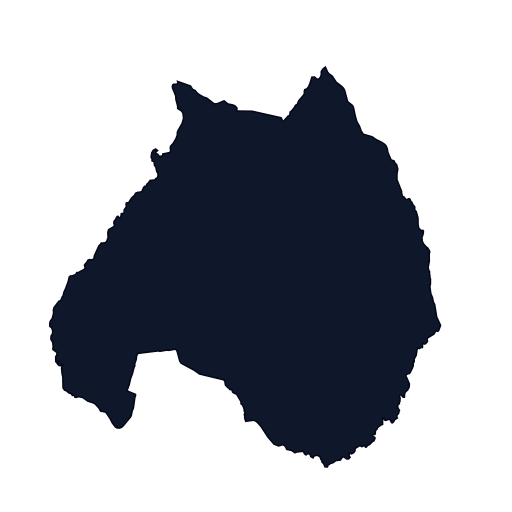 Chiuta, Tete, Mozambique, rotated 189°
{"feature_id": "85939544B4853369515096", "entity_name": "Chiuta", "entity_type": "district", "adm_level": 2, "iso_a3": "MOZ", "parent_name": "Mozambique", "parent_adm1": "Tete", "projection": "equal_earth", "projection_center": [33.513, -15.51], "detail": "fine", "context": "isolated", "style": "filled", "palette": "ink", "viewbox_px": 512, "rotation_deg": 189, "n_neighbors": 0, "source": "geoboundaries", "source_scale": "gbopen_adm2", "svg_char_len": 5963}
<svg xmlns="http://www.w3.org/2000/svg" viewBox="0 0 512 512"><g transform="rotate(189 256 256)"><path d="M129.5,363.9L131.3,368.1L133.5,369.9L134.6,371.6L137.0,371.9L137.9,372.5L141.9,378.9L143.2,382.7L144.9,385.3L146.3,386.4L149.4,387.9L155.8,389.9L159.8,391.9L169.2,393.1L171.8,396.2L174.0,400.3L177.4,404.5L179.8,409.7L183.1,418.3L184.3,419.8L189.6,422.8L194.3,433.4L195.7,435.3L198.1,437.1L203.9,440.2L208.8,445.6L212.4,447.4L214.1,448.9L217.0,453.5L218.7,451.8L220.1,449.3L220.4,448.1L219.9,445.5L220.2,443.2L221.5,440.6L223.6,440.3L226.2,442.0L228.8,441.4L229.7,435.0L230.6,431.4L231.9,429.1L233.9,427.9L234.1,426.4L233.7,424.1L234.1,422.5L238.1,416.1L239.0,412.2L240.6,411.0L241.4,408.6L243.4,405.1L244.8,403.6L244.7,400.3L246.6,398.9L247.3,397.2L248.5,395.9L249.6,393.6L250.5,393.1L252.8,396.5L282.5,398.4L297.7,396.2L297.9,399.1L300.1,401.0L302.7,401.6L307.5,401.8L311.8,404.3L317.4,400.8L319.4,400.0L321.4,399.9L329.3,404.3L332.7,404.8L337.7,406.7L340.1,408.2L341.9,409.9L344.7,410.7L347.3,413.7L360.8,416.2L360.2,414.9L360.6,414.0L361.5,413.2L364.1,412.8L365.0,412.0L365.2,410.6L364.6,408.6L360.4,401.7L359.6,398.1L356.9,391.9L356.4,389.4L351.9,387.4L350.4,385.3L349.1,380.7L349.7,375.5L352.9,367.0L353.0,364.5L352.6,363.4L353.5,359.2L355.4,354.4L357.6,351.0L357.6,349.6L356.8,346.3L357.2,344.8L364.0,342.2L363.8,341.3L364.1,340.2L365.5,339.9L366.2,338.7L369.3,341.3L370.8,341.4L371.3,342.7L369.7,344.8L371.9,346.0L374.1,344.3L375.1,341.6L375.1,337.2L373.8,335.4L373.6,333.7L371.8,333.3L371.2,332.7L370.6,329.9L368.4,327.5L368.3,326.2L367.5,324.9L367.3,323.8L366.1,322.8L365.4,320.8L365.4,318.7L365.8,317.7L367.0,316.9L367.9,315.3L372.4,314.1L373.7,311.5L374.8,310.3L375.5,307.9L376.8,307.4L377.7,306.3L378.7,302.2L379.6,301.3L382.9,300.3L384.6,299.3L385.2,298.1L385.3,296.7L386.1,296.3L388.0,293.8L390.2,288.7L392.3,288.2L392.5,286.9L391.8,284.2L393.5,280.9L393.0,278.3L393.6,277.5L395.7,276.7L395.6,274.0L396.0,272.6L397.1,272.5L398.6,273.7L399.5,273.0L400.6,269.8L401.6,268.2L401.6,266.3L400.8,264.7L400.7,263.6L401.5,262.4L405.5,259.2L405.9,258.1L406.0,255.8L405.0,251.1L405.8,246.9L407.6,245.2L410.9,244.6L411.6,242.9L412.7,241.8L415.6,231.3L415.8,227.9L417.1,226.6L420.0,226.4L421.5,225.4L421.8,224.0L423.9,220.6L423.9,219.7L422.9,217.7L423.5,216.0L429.2,211.7L430.3,211.7L431.4,209.4L434.7,207.5L436.2,207.3L437.2,206.0L437.5,201.3L439.0,193.9L440.1,190.1L440.3,186.5L440.9,185.6L441.9,181.5L443.7,180.4L447.4,173.5L447.7,171.2L447.0,167.5L447.5,162.4L448.9,159.7L449.2,157.4L448.6,154.2L446.6,153.1L445.4,151.0L444.9,148.9L444.9,147.0L445.7,145.6L445.9,144.2L445.5,141.6L443.2,138.8L442.1,134.4L442.2,132.6L441.9,131.8L437.4,129.5L437.3,127.1L438.1,125.2L437.3,120.4L435.7,119.0L434.7,120.1L434.7,121.3L434.1,121.5L433.9,120.8L434.8,118.0L433.6,117.1L432.0,117.0L430.9,118.6L430.0,118.5L429.9,117.7L430.5,116.3L430.5,114.6L429.0,108.9L427.9,106.3L426.0,95.6L424.1,93.5L422.5,93.3L419.0,91.3L417.7,91.5L415.4,89.5L414.2,89.9L413.2,89.4L412.8,88.2L411.2,88.3L409.3,89.3L405.0,89.1L399.4,86.3L394.0,85.5L391.9,84.8L387.5,81.4L385.3,78.5L380.6,78.3L379.1,77.4L374.3,72.1L371.9,68.7L368.1,65.1L366.3,64.4L363.5,64.8L361.8,65.9L360.4,67.7L354.6,77.6L354.2,79.1L354.1,83.1L353.3,86.8L353.5,97.3L353.1,99.3L353.4,100.5L361.0,102.3L362.7,103.6L361.7,105.3L361.7,106.9L361.1,108.7L360.7,115.1L359.6,120.6L359.0,127.1L358.5,128.2L358.9,130.9L358.1,134.9L358.3,138.8L357.7,140.1L357.8,141.2L337.6,147.0L336.1,146.8L329.5,149.0L327.1,149.2L321.3,151.3L320.4,151.1L319.0,149.5L315.0,140.5L313.7,138.8L311.8,137.9L298.9,133.4L293.4,130.6L268.4,128.6L266.8,126.7L266.6,125.2L265.7,123.3L264.9,123.2L263.6,121.7L262.1,121.3L261.1,120.0L258.9,120.2L258.0,118.1L257.1,117.4L253.5,116.4L247.9,109.6L247.8,107.8L245.8,106.4L244.0,103.5L243.3,100.8L242.3,99.8L242.8,97.5L242.1,96.3L241.8,94.0L240.3,91.1L233.0,93.3L231.2,93.2L228.7,91.9L224.3,88.3L215.9,79.0L208.8,73.0L203.9,71.9L200.4,73.7L198.7,73.5L196.5,71.7L195.5,69.8L190.4,69.5L186.8,67.7L185.3,68.7L178.9,70.5L177.2,68.3L176.1,67.5L175.4,67.4L174.4,68.6L173.2,69.0L171.2,68.2L170.6,66.5L168.1,65.5L167.4,67.4L166.7,67.9L164.9,68.6L162.8,68.4L160.9,67.1L160.0,65.1L159.0,64.6L158.7,62.9L156.6,61.4L154.9,58.5L152.4,58.8L152.1,61.2L150.9,61.6L150.5,62.4L147.4,64.0L145.1,66.4L140.8,67.6L139.0,71.1L137.6,71.2L134.6,69.7L132.7,70.1L131.6,71.9L132.8,73.2L133.1,75.8L130.6,75.5L128.6,77.2L127.8,78.7L127.9,81.5L123.7,85.0L121.7,84.2L119.3,85.7L117.8,84.3L117.2,84.4L116.3,86.2L114.2,87.7L111.8,91.1L110.6,91.9L109.9,94.5L110.2,95.4L113.0,96.4L113.4,97.5L110.7,98.3L110.4,99.0L110.7,102.4L109.4,103.7L109.2,105.4L106.1,108.7L104.6,109.4L105.3,113.9L105.8,115.1L105.6,115.7L104.9,115.8L103.0,114.0L102.4,113.8L99.5,115.3L98.1,115.5L96.2,112.8L95.4,112.4L94.3,113.5L93.3,116.1L91.0,118.1L91.6,118.7L91.9,120.5L90.4,123.2L90.6,124.4L90.1,125.8L91.9,128.0L92.9,130.4L91.3,132.7L91.5,134.1L91.0,135.2L91.4,135.7L91.3,137.8L92.2,139.8L92.2,140.8L91.3,141.8L88.7,139.6L87.4,139.7L87.3,140.6L87.8,142.2L87.5,142.6L87.6,143.7L87.2,144.9L85.2,147.5L84.2,150.4L84.5,153.7L88.3,159.7L88.9,160.1L89.2,161.4L88.8,162.5L87.1,163.7L86.3,163.8L85.5,164.9L84.1,169.5L83.5,172.1L83.9,174.9L83.2,176.3L83.6,179.1L82.2,183.1L82.3,188.9L81.4,190.6L80.2,190.1L78.6,191.5L77.5,191.5L77.2,192.3L77.6,193.3L77.5,195.7L75.6,195.4L74.6,196.1L73.2,198.4L74.0,200.8L73.6,202.0L68.1,206.6L66.6,210.2L64.8,210.0L64.0,210.7L62.8,216.3L68.0,224.1L71.9,236.0L73.7,238.5L75.2,242.6L77.4,246.1L79.5,253.1L79.3,255.6L80.1,260.8L80.9,261.9L80.9,262.9L82.0,266.3L82.0,267.6L82.8,268.4L84.2,271.4L84.0,278.1L85.3,285.3L85.0,286.6L85.3,288.0L87.7,290.9L88.4,290.0L89.1,291.5L92.3,294.1L94.2,296.7L94.5,298.7L95.1,299.5L94.3,304.2L94.5,306.8L95.0,307.4L96.6,307.0L99.4,308.7L100.8,312.3L102.0,319.1L104.8,325.1L106.4,326.2L106.9,329.4L109.3,331.5L110.4,333.4L111.5,334.0L112.8,336.2L113.8,336.6L116.6,335.0L119.0,337.5L120.3,337.4L121.8,340.3L122.4,342.8L128.7,353.4L129.6,359.2L129.5,363.9Z" fill="#0f172a" stroke="#020617" stroke-width="1.5"/></g></svg>